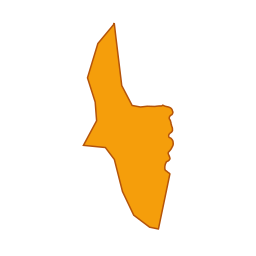 Patience, Praslin, Saint Lucia, rotated 78°
{"feature_id": "8701671B25474950387418", "entity_name": "Patience", "entity_type": "district", "adm_level": 2, "iso_a3": "LCA", "parent_name": "Saint Lucia", "parent_adm1": "Praslin", "projection": "robinson", "projection_center": [-60.908, 13.85], "detail": "fine", "context": "isolated", "style": "filled", "palette": "amber", "viewbox_px": 256, "rotation_deg": 78, "n_neighbors": 0, "source": "geoboundaries", "source_scale": "gbopen_adm2", "svg_char_len": 4315}
<svg xmlns="http://www.w3.org/2000/svg" viewBox="0 0 256 256"><g transform="rotate(78 128 128)"><path d="M112.9,89.2L113.1,89.7L113.3,90.1L113.4,90.8L112.9,93.1L112.6,95.9L112.5,97.3L110.7,104.7L110.2,110.0L110.0,111.6L106.8,119.3L85.2,125.3L35.8,120.9L23.1,119.7L22.9,120.2L23.9,120.6L39.1,139.9L70.5,157.2L95.8,154.7L114.4,157.2L135.7,175.2L142.4,154.2L155.9,147.9L189.0,146.6L214.5,140.5L229.5,127.5L233.1,119.3L233.0,119.2L181.7,96.6L181.3,96.7L181.2,96.8L181.0,97.0L180.8,97.1L180.7,97.2L180.5,97.3L180.4,97.4L180.2,97.6L180.0,97.8L179.8,98.0L179.7,98.1L179.4,98.4L179.2,98.5L178.9,98.7L178.8,98.8L178.6,98.9L178.5,99.0L178.3,99.2L178.2,99.3L177.9,99.5L177.7,99.7L177.6,99.8L177.5,100.0L177.3,100.1L177.2,100.2L177.0,100.3L176.8,100.3L176.7,100.4L176.3,100.4L176.1,100.5L175.9,100.5L175.7,100.4L175.2,100.4L174.9,100.4L174.7,100.3L174.3,100.2L174.1,100.2L173.9,100.1L173.7,100.1L173.4,100.0L173.2,99.9L172.9,99.8L172.7,99.7L172.4,99.6L172.2,99.5L171.9,99.4L171.7,99.3L171.5,99.2L171.4,99.1L171.2,99.0L170.9,98.9L170.6,98.6L170.3,98.4L170.2,98.3L170.0,98.2L169.9,98.1L169.7,98.0L169.6,97.9L169.4,97.8L169.3,97.6L169.1,97.5L169.0,97.3L169.0,97.2L168.9,97.0L168.8,96.8L168.8,96.6L168.8,96.4L168.7,96.2L168.6,95.8L168.6,95.6L168.5,95.4L168.4,95.2L168.2,94.8L168.1,94.6L167.8,94.3L167.7,94.2L167.4,93.9L167.2,93.6L166.9,93.4L166.7,93.3L166.4,93.3L166.2,93.3L165.7,93.3L165.3,93.3L165.2,93.3L164.8,93.4L164.6,93.4L164.5,93.5L164.3,93.5L164.1,93.5L163.9,93.5L163.7,93.6L163.4,93.6L163.2,93.7L162.8,93.8L162.6,93.8L162.3,93.9L162.2,93.9L161.7,93.9L161.4,94.0L161.1,94.0L160.9,94.0L160.8,93.9L160.6,93.8L160.4,93.7L160.1,93.5L160.0,93.3L159.8,93.2L159.7,93.0L159.6,92.9L159.5,92.7L159.4,92.6L159.3,92.4L159.1,92.2L158.9,91.9L158.7,91.7L158.5,91.4L158.4,91.2L158.2,91.1L158.1,90.9L157.8,90.6L157.7,90.4L157.4,90.1L157.2,90.0L157.1,89.9L156.9,89.7L156.7,89.6L156.6,89.4L156.4,89.3L156.2,89.1L155.9,88.9L155.7,88.7L155.4,88.4L155.2,88.3L155.1,88.2L154.9,88.1L154.7,87.9L154.4,87.7L154.2,87.6L153.9,87.4L153.7,87.4L153.4,87.2L153.2,87.2L152.8,87.1L152.7,87.0L152.3,87.0L152.1,87.0L151.9,86.9L151.6,86.9L151.4,86.9L151.2,86.9L150.9,86.8L150.7,86.8L150.3,86.8L150.1,86.8L149.8,86.9L149.6,86.9L149.4,87.0L149.2,87.0L148.9,87.1L148.7,87.3L148.3,87.4L148.1,87.5L147.9,87.6L147.6,87.8L147.4,87.9L147.3,88.0L147.1,88.1L146.9,88.2L146.8,88.4L146.7,88.5L146.4,88.8L146.3,89.0L146.1,89.3L145.9,89.6L145.6,89.8L145.3,89.9L145.1,89.9L144.9,89.9L144.7,89.9L144.4,89.9L144.2,89.9L143.9,89.8L143.7,89.7L143.4,89.6L143.2,89.5L142.9,89.4L142.7,89.1L142.4,88.8L142.3,88.7L142.2,88.5L142.1,88.4L142.0,88.2L141.9,88.1L141.8,87.9L141.7,87.7L141.6,87.4L141.5,87.2L141.4,87.0L141.3,86.9L141.2,86.7L141.1,86.3L140.9,86.2L140.7,85.9L140.6,85.7L140.4,85.6L140.1,85.3L140.0,85.2L139.8,85.1L139.7,85.0L139.3,84.9L139.2,84.9L138.8,84.8L138.7,84.8L138.3,84.8L138.1,84.8L137.9,84.7L137.6,84.6L137.4,84.6L137.1,84.6L136.9,84.6L136.7,84.6L136.4,84.7L136.2,84.7L135.8,84.8L135.6,84.8L135.4,84.8L135.1,84.9L134.9,84.9L134.7,84.9L134.3,84.9L134.1,84.9L133.9,84.9L133.7,84.9L133.4,84.9L133.2,85.0L132.8,85.0L132.7,85.0L132.2,85.0L131.9,84.9L131.7,84.9L131.3,84.9L131.2,84.9L131.0,85.0L130.8,85.0L130.6,85.0L130.3,85.0L130.1,85.0L129.9,85.0L129.7,85.0L129.4,85.1L129.2,85.1L128.8,85.3L128.6,85.3L128.3,85.4L128.1,85.5L127.9,85.6L127.6,85.7L127.4,85.7L127.2,85.7L126.9,85.6L126.7,85.6L126.4,85.5L126.2,85.4L125.9,85.3L125.8,85.1L125.6,85.0L125.5,84.9L125.4,84.8L125.2,84.6L124.9,84.3L124.8,84.2L124.7,84.0L124.6,83.9L124.6,83.7L124.4,83.3L124.3,83.2L124.2,82.8L124.1,82.6L124.1,82.4L123.9,82.1L123.7,82.0L123.6,81.8L123.5,81.7L123.4,81.6L123.2,81.5L123.1,81.4L122.9,81.3L122.8,81.2L122.6,81.1L122.4,81.0L122.3,80.9L122.1,80.9L121.8,80.8L121.6,80.8L121.3,80.8L121.1,80.9L120.9,80.9L120.7,80.9L120.4,81.0L120.2,81.0L119.9,81.0L119.7,81.0L119.3,81.1L119.2,81.1L118.8,81.2L118.7,81.3L118.4,81.4L118.2,81.5L117.9,81.7L117.8,81.8L117.6,81.9L117.4,82.0L117.1,82.3L117.0,82.5L116.9,82.6L116.7,82.8L116.5,83.1L116.4,83.3L116.2,83.5L116.0,83.9L115.9,84.0L115.7,84.4L115.6,84.6L115.5,84.8L115.4,85.0L115.3,85.3L115.2,85.5L115.0,85.9L114.9,86.1L114.8,86.3L114.7,86.5L114.6,86.8L114.5,87.0L114.4,87.2L114.3,87.3L114.2,87.5L114.0,87.8L113.9,88.0L113.6,88.3L113.5,88.5L113.4,88.6L113.2,88.8L113.0,89.1L112.9,89.2Z" fill="#f59e0b" stroke="#b45309" stroke-width="1.5"/></g></svg>